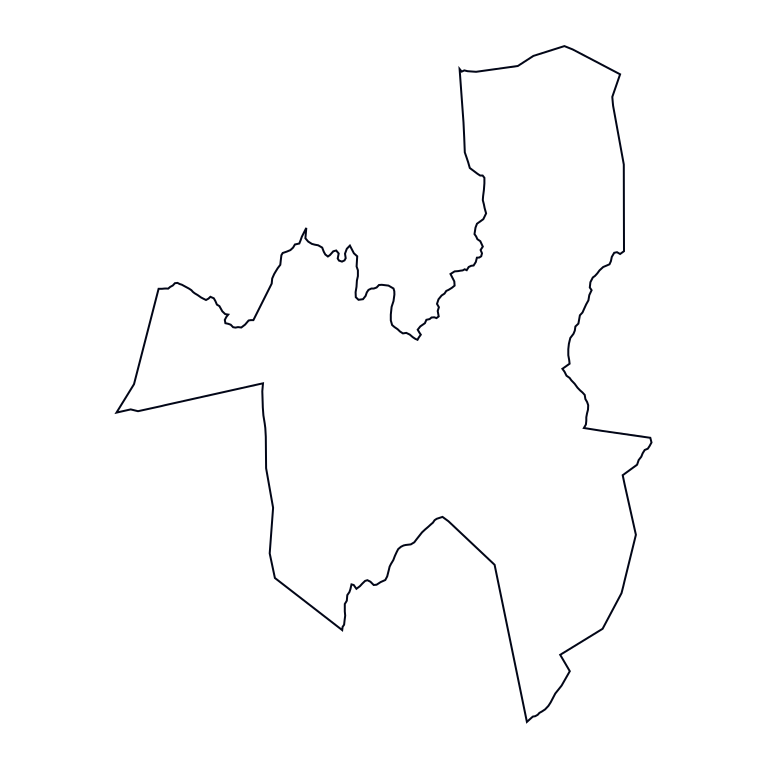 Oeiras, Piauí, Brazil (Equal Earth projection)
{"feature_id": "56859067B10450749339831", "entity_name": "Oeiras", "entity_type": "district", "adm_level": 2, "iso_a3": "BRA", "parent_name": "Brazil", "parent_adm1": "Piauí", "projection": "equal_earth", "projection_center": [-42.206, -6.968], "detail": "fine", "context": "isolated", "style": "outline", "palette": "ink", "viewbox_px": 768, "rotation_deg": 0, "n_neighbors": 0, "source": "geoboundaries", "source_scale": "gbopen_adm2", "svg_char_len": 4302}
<svg xmlns="http://www.w3.org/2000/svg" viewBox="0 0 768 768"><path d="M459.6,69.0L463.5,122.5L464.2,137.2L464.8,152.4L466.4,157.0L468.2,162.4L469.8,168.0L472.2,169.8L477.5,173.8L480.1,175.5L482.6,175.5L484.4,177.8L484.4,183.4L483.9,190.0L483.1,196.2L482.8,200.1L483.9,204.4L484.6,208.0L486.1,213.4L483.3,219.2L477.0,223.7L475.5,227.6L474.5,234.1L476.1,236.4L477.4,239.2L480.3,241.2L481.5,243.8L482.8,246.6L480.6,250.0L482.0,253.3L481.2,256.3L479.3,257.5L476.9,257.7L475.8,262.0L473.6,265.5L471.2,265.8L468.7,267.0L466.7,270.2L464.7,269.3L462.7,270.4L460.3,270.7L458.2,271.1L454.6,271.4L450.5,274.0L454.3,281.4L454.6,285.6L451.9,287.8L448.5,289.9L446.3,290.9L444.5,293.6L441.6,295.5L438.5,299.3L437.0,303.9L438.9,307.2L437.7,311.0L438.7,316.4L436.5,318.1L434.3,317.3L431.5,317.5L429.6,319.1L426.4,319.8L424.9,323.2L420.3,326.4L417.7,329.7L419.4,332.6L420.8,334.7L418.7,337.6L417.5,339.8L415.4,338.9L412.7,337.1L409.8,334.6L406.3,332.9L402.9,333.4L400.0,331.5L397.6,329.2L394.4,327.0L392.1,325.0L390.8,320.4L390.8,314.6L391.6,306.9L393.5,301.1L394.4,294.6L394.3,291.2L393.5,288.5L388.5,285.6L381.8,284.8L379.0,285.0L376.6,287.5L373.9,288.5L371.4,288.5L368.5,289.9L366.8,292.4L365.6,295.9L363.0,299.2L358.5,299.8L355.8,297.2L355.6,292.2L356.5,286.8L356.9,280.6L357.9,276.1L357.9,270.3L356.6,266.5L357.2,256.3L353.9,253.3L349.9,245.6L346.8,248.8L345.0,253.7L345.7,258.2L344.5,260.4L342.0,261.6L339.0,260.6L337.7,258.5L338.7,253.5L336.2,250.5L333.3,251.3L329.9,255.1L327.9,256.5L325.3,254.5L323.8,251.8L322.2,247.6L318.2,245.3L314.9,244.7L311.9,243.9L308.2,241.6L305.4,238.3L306.3,227.9L301.8,236.8L300.7,240.0L299.3,243.5L294.9,244.5L293.1,247.6L290.4,250.1L286.8,251.6L282.7,253.0L281.4,255.2L280.8,260.1L280.3,264.8L277.7,268.2L275.8,271.3L274.2,274.0L272.2,278.5L271.7,283.6L253.4,320.1L250.9,320.1L248.6,320.5L245.1,324.6L241.3,327.5L238.0,327.1L235.5,327.6L233.1,327.2L230.7,324.7L228.2,323.8L225.4,323.2L224.8,319.9L226.3,317.0L228.2,314.6L225.2,314.1L222.3,311.3L219.4,306.1L216.9,304.6L215.4,301.1L213.8,298.3L210.4,296.8L208.5,298.6L206.0,300.0L203.0,298.5L201.1,297.5L197.7,295.1L194.7,293.3L192.9,291.9L191.4,290.2L189.0,288.6L185.3,286.6L181.8,284.7L179.6,284.0L177.5,282.9L174.9,283.2L172.8,285.5L170.2,286.9L168.2,288.6L165.2,288.5L161.9,288.8L158.6,288.8L134.0,384.2L116.5,412.6L130.7,409.4L138.0,411.2L161.3,406.1L164.9,405.2L233.9,389.8L259.4,384.1L263.0,383.3L262.3,391.3L262.5,397.4L262.7,403.7L262.8,407.3L263.4,415.4L264.7,423.4L265.3,428.0L265.8,436.8L266.1,468.2L273.1,507.8L269.7,553.4L274.9,578.0L342.2,630.1L342.6,626.9L344.1,624.7L344.6,620.2L345.2,615.6L344.8,611.5L344.8,604.0L346.8,600.7L347.3,595.1L349.4,592.1L350.4,589.2L351.5,584.4L353.7,585.0L356.4,588.8L359.9,586.2L362.3,583.6L365.1,580.9L367.4,580.2L370.4,581.7L373.7,585.0L376.6,584.7L380.6,582.1L385.3,580.0L387.2,576.4L388.9,569.7L389.6,566.7L391.0,563.9L393.3,560.1L394.9,555.9L396.7,552.0L398.2,549.1L400.9,546.8L403.5,545.5L405.6,545.0L410.8,544.4L414.3,542.3L416.4,539.5L422.0,532.4L425.2,529.4L427.8,527.2L431.1,524.2L432.9,522.7L434.6,520.2L436.7,518.8L442.5,516.9L448.5,521.3L494.6,564.8L518.9,682.9L526.9,721.9L532.8,716.6L535.2,716.2L537.7,714.8L539.4,712.9L541.9,711.5L545.1,709.4L548.4,705.9L550.7,702.3L555.3,693.5L561.6,685.6L569.8,671.2L560.2,654.8L602.6,628.8L621.5,593.2L623.3,586.2L624.4,581.5L635.9,534.8L624.6,484.3L622.7,475.2L637.1,464.7L638.7,460.0L641.3,456.7L642.6,453.4L644.7,450.0L647.8,448.7L649.6,446.0L651.5,442.5L650.3,437.8L602.2,430.9L583.9,428.0L585.9,424.5L586.3,420.9L586.3,417.3L587.0,413.5L588.0,409.6L588.2,405.2L587.1,402.0L585.4,399.1L584.7,394.9L582.4,392.4L580.2,390.5L577.5,387.7L574.6,383.7L571.4,380.4L569.6,377.9L566.5,375.7L564.5,371.7L562.4,368.8L569.6,363.7L569.2,360.2L568.3,355.2L568.3,349.2L568.9,343.8L570.3,338.0L573.5,333.8L574.8,330.6L575.4,326.5L578.4,323.6L579.9,315.3L582.5,312.5L584.1,308.9L586.2,304.3L588.4,300.4L589.3,295.1L591.6,290.2L589.8,287.5L590.4,282.2L592.8,277.5L595.0,275.9L597.3,273.4L599.5,270.4L603.2,267.0L607.0,265.4L609.5,264.3L610.9,261.2L611.8,256.9L614.2,252.8L617.0,252.2L620.1,254.0L624.0,251.2L623.9,213.1L623.8,164.5L613.1,105.8L612.8,102.8L612.3,96.9L620.1,74.3L616.1,72.2L572.6,49.4L564.4,46.1L533.4,55.9L517.8,66.0L476.1,71.8L467.6,71.2L464.3,70.4L461.7,71.6L459.6,69.0Z" fill="none" stroke="#020617" stroke-width="2"/></svg>